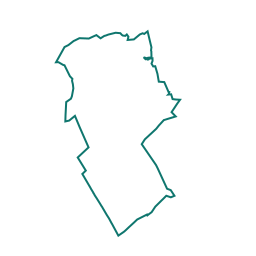 outline of Arivechi, Sonora, Mexico, rotated 253°
{"feature_id": "50627088B87528295570068", "entity_name": "Arivechi", "entity_type": "district", "adm_level": 2, "iso_a3": "MEX", "parent_name": "Mexico", "parent_adm1": "Sonora", "projection": "mercator", "projection_center": [-109.041, 28.858], "detail": "fine", "context": "isolated", "style": "outline", "palette": "teal", "viewbox_px": 256, "rotation_deg": 253, "n_neighbors": 0, "source": "geoboundaries", "source_scale": "gbopen_adm2", "svg_char_len": 1770}
<svg xmlns="http://www.w3.org/2000/svg" viewBox="0 0 256 256"><g transform="rotate(253 128 128)"><path d="M39.5,122.9L40.6,126.0L44.8,131.1L48.9,138.9L49.8,140.7L52.0,144.8L49.2,148.7L49.6,152.6L56.1,150.7L58.5,147.6L80.7,144.6L84.3,144.0L108.5,136.4L111.9,140.4L112.4,141.1L119.0,154.8L121.4,158.3L125.1,164.6L125.1,177.0L130.4,174.3L136.9,182.2L139.8,186.0L141.2,182.2L142.6,179.1L147.6,179.1L148.2,176.3L148.6,177.0L149.0,177.3L150.3,178.0L150.6,177.3L161.3,176.1L163.3,171.0L171.2,172.0L179.1,172.1L179.5,170.1L182.7,169.3L185.0,171.1L187.5,171.8L188.1,168.8L188.0,168.6L187.6,167.8L187.6,167.0L188.6,166.6L189.0,166.1L188.7,165.6L189.5,165.3L189.0,164.7L191.1,163.6L190.0,164.9L189.4,166.1L189.2,167.7L189.2,167.8L189.3,167.9L188.6,171.1L194.4,172.7L195.4,172.7L197.7,173.7L198.3,174.0L202.0,174.2L214.7,175.0L213.2,171.0L214.3,169.7L214.0,166.7L211.0,159.5L212.3,153.4L215.2,155.1L217.8,154.2L216.9,152.4L217.9,150.1L218.9,149.3L220.9,148.4L222.7,144.0L223.1,136.6L222.9,133.6L223.0,132.3L221.8,128.0L226.1,124.9L226.0,124.4L225.8,122.5L225.0,116.7L228.1,107.8L227.2,102.4L227.1,101.5L226.8,100.7L224.7,95.2L224.0,91.0L211.9,78.4L211.3,80.7L207.2,84.5L206.6,85.6L194.4,87.6L191.3,89.2L189.5,88.3L186.1,88.1L181.8,87.3L174.7,83.6L173.6,82.7L172.7,82.0L170.9,76.5L158.8,72.1L152.6,70.0L152.3,73.9L155.1,80.8L143.0,82.0L121.0,84.6L114.5,71.3L99.6,75.2L97.4,70.9L81.8,74.6L80.7,74.8L76.4,75.9L75.8,75.9L75.7,76.0L75.3,76.1L74.6,76.3L74.2,76.4L73.2,76.5L72.5,76.8L72.4,76.8L72.0,76.9L71.3,77.1L70.7,77.3L64.0,79.1L62.4,79.5L61.2,79.8L60.3,80.1L60.0,80.2L59.0,80.4L51.4,82.2L51.0,82.3L47.1,83.4L41.5,84.5L41.3,84.6L27.9,87.3L30.0,93.9L30.9,95.9L33.0,100.1L35.8,106.0L37.8,110.0L39.7,120.9L38.8,121.0L39.5,122.9Z" fill="none" stroke="#0f766e" stroke-width="2"/></g></svg>